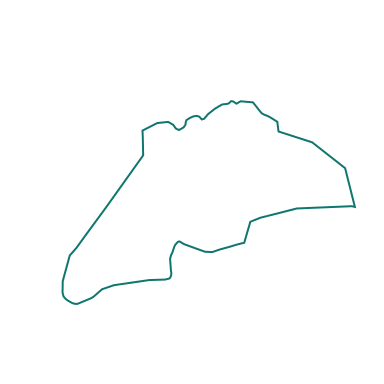 Baja Verapaz, Robinson projection, rotated 163°
{"feature_id": "GTM-1942", "entity_name": "Baja Verapaz", "entity_type": "Department", "adm_level": 1, "iso_a3": "GTM", "parent_name": "Guatemala", "parent_adm1": "", "projection": "robinson", "projection_center": [-90.369, 15.089], "detail": "fine", "context": "isolated", "style": "outline", "palette": "teal", "viewbox_px": 384, "rotation_deg": 163, "n_neighbors": 0, "source": "natural_earth", "source_scale": "10m", "svg_char_len": 1200}
<svg xmlns="http://www.w3.org/2000/svg" viewBox="0 0 384 384"><g transform="rotate(163 192 192)"><path d="M190.3,261.7L188.9,257.4L186.4,255.1L181.2,256.2L178.5,258.3L177.7,260.4L176.4,262.3L172.2,263.5L168.5,263.9L165.4,263.5L163.0,261.9L161.4,258.5L159.0,258.5L153.8,261.8L145.6,265.0L137.6,266.9L132.7,266.0L130.7,266.0L129.2,266.9L127.9,267.4L126.2,266.6L123.7,263.5L118.9,264.5L107.5,259.9L103.8,250.5L102.4,247.0L100.0,244.5L97.9,243.0L95.7,240.9L89.9,234.2L91.3,226.2L91.5,224.5L62.6,204.4L38.6,170.0L40.6,130.1L43.3,131.7L96.6,145.6L134.2,147.4L144.9,146.5L156.9,128.2L164.4,128.6L171.7,128.6L182.5,128.9L190.1,128.6L197.1,131.1L214.8,144.4L218.2,148.2L219.1,148.5L220.4,148.3L223.6,146.3L224.9,144.9L228.8,139.4L230.4,137.9L232.5,134.5L235.1,123.1L235.4,120.8L235.6,120.0L236.5,118.3L236.9,117.6L237.5,116.9L238.9,115.9L243.2,116.1L258.7,120.3L293.8,125.7L306.4,125.3L316.9,120.6L319.8,119.9L334.2,118.5L335.3,118.8L336.5,119.2L338.9,120.7L342.5,124.5L344.0,126.6L344.8,128.2L345.4,130.0L345.2,133.7L341.7,144.5L327.5,167.0L318.9,172.3L306.5,181.7L279.1,202.1L228.0,241.3L222.9,259.3L221.4,265.2L205.0,268.1L194.3,266.0L190.3,261.7Z" fill="none" stroke="#0f766e" stroke-width="2"/></g></svg>